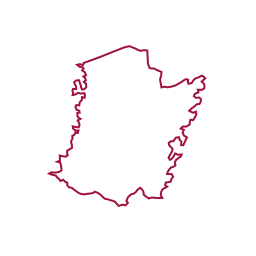 Augusto Pestana, Rio Grande do Sul, Brazil, rotated 68°
{"feature_id": "56859067B36732099712142", "entity_name": "Augusto Pestana", "entity_type": "district", "adm_level": 2, "iso_a3": "BRA", "parent_name": "Brazil", "parent_adm1": "Rio Grande do Sul", "projection": "robinson", "projection_center": [-54.004, -28.532], "detail": "fine", "context": "isolated", "style": "outline", "palette": "rose", "viewbox_px": 256, "rotation_deg": 68, "n_neighbors": 0, "source": "geoboundaries", "source_scale": "gbopen_adm2", "svg_char_len": 3114}
<svg xmlns="http://www.w3.org/2000/svg" viewBox="0 0 256 256"><g transform="rotate(68 128 128)"><path d="M143.7,62.6L140.9,59.5L138.3,58.9L138.4,61.7L136.6,63.5L134.9,64.8L133.6,61.6L133.3,59.5L131.8,55.3L132.5,52.7L130.9,50.7L128.5,49.6L126.5,50.5L125.4,53.8L123.1,55.0L121.4,53.3L121.3,49.3L118.6,48.9L120.3,45.4L119.9,42.6L117.4,41.2L115.5,41.0L112.5,42.3L110.9,37.8L108.9,38.6L107.1,39.9L107.5,43.5L107.3,47.0L108.2,49.4L110.1,52.0L109.8,55.2L108.0,55.4L105.9,54.1L104.4,56.0L104.7,58.6L105.4,61.1L105.8,64.2L106.3,67.9L105.9,72.3L105.1,76.1L103.4,78.6L102.9,81.8L95.3,80.2L90.8,77.0L88.6,76.0L86.1,78.5L84.3,80.3L82.6,81.3L81.8,83.7L80.3,85.6L75.8,85.4L63.4,81.1L61.7,84.2L61.3,87.2L59.6,89.3L57.5,91.1L56.0,92.5L54.7,94.0L52.7,95.9L51.9,101.0L51.8,106.0L51.8,109.0L51.7,111.5L51.7,120.9L51.7,126.1L51.1,144.7L52.8,146.1L50.7,148.9L50.4,151.5L53.0,150.1L54.4,147.7L56.1,146.9L57.4,148.9L60.0,147.2L63.3,147.1L63.6,150.0L65.6,149.0L67.9,149.2L68.7,151.7L71.2,150.3L74.4,151.3L75.6,153.7L75.2,156.1L72.6,156.3L70.7,155.8L68.5,155.8L65.4,155.5L64.5,158.2L65.3,160.8L67.8,160.8L70.4,160.7L72.5,161.5L71.2,164.4L72.9,165.7L75.0,165.7L76.7,167.0L77.2,164.5L76.7,161.2L78.5,158.7L79.3,155.4L81.5,155.6L83.7,157.0L82.1,159.1L84.8,160.4L86.1,163.2L88.7,164.6L87.4,167.5L88.9,168.9L92.0,168.7L93.7,166.7L95.6,167.0L95.1,169.4L97.1,170.2L99.4,170.3L101.7,168.6L102.1,171.8L104.3,171.5L106.9,171.7L108.9,173.5L107.7,175.9L105.8,178.6L107.9,179.1L110.6,177.8L111.8,174.9L113.8,176.5L112.5,178.5L114.2,180.3L114.4,182.6L116.7,183.2L119.4,186.0L122.7,186.4L125.5,187.4L125.8,190.2L126.2,192.9L128.7,194.0L130.7,194.0L131.2,196.5L129.8,199.0L128.0,201.6L130.9,202.6L132.8,203.4L132.8,206.2L134.7,203.8L136.6,204.0L138.7,204.5L140.6,204.8L142.4,205.6L142.9,208.0L142.6,210.6L141.7,213.1L140.4,215.6L140.8,218.2L142.9,215.8L145.0,212.8L147.5,212.2L149.3,211.1L151.8,210.5L151.7,207.5L154.2,206.5L156.1,204.8L158.3,205.8L160.9,204.9L162.5,202.4L165.2,201.0L167.2,199.7L169.8,198.1L171.7,196.0L173.2,193.2L173.8,190.3L174.6,187.7L175.1,184.9L174.7,182.6L176.5,180.6L179.3,178.6L184.7,176.2L186.2,173.9L188.4,171.3L190.0,169.1L191.9,167.5L194.5,166.7L196.8,165.8L196.9,161.9L198.8,159.2L197.3,156.1L195.3,156.9L192.5,154.4L191.4,152.2L190.7,149.9L191.0,146.8L190.2,144.6L188.8,142.3L188.0,139.1L190.0,138.1L192.1,137.6L193.9,137.8L195.7,138.4L198.4,136.9L201.1,135.1L201.4,132.0L202.7,129.4L204.3,126.3L205.6,122.4L202.8,122.9L199.9,121.3L197.9,119.2L197.5,117.0L197.0,113.6L194.8,115.0L192.8,113.4L193.7,108.4L191.7,107.0L190.1,104.4L187.1,104.8L185.3,109.0L183.6,107.6L182.1,105.7L180.7,102.8L180.9,100.6L180.5,98.1L177.2,97.3L175.5,95.2L174.6,91.9L174.2,89.7L172.6,88.2L171.6,91.7L169.3,93.8L171.6,96.6L172.9,98.9L173.2,101.1L170.7,101.5L168.7,99.2L167.1,97.0L165.6,95.4L163.7,94.5L161.2,95.6L159.1,96.2L157.2,95.9L156.4,93.8L157.2,90.9L156.0,89.1L154.9,87.2L155.6,84.2L158.0,84.6L160.5,83.6L163.8,85.1L164.7,83.2L163.0,81.4L160.8,79.1L158.8,76.9L155.9,79.0L152.8,79.1L150.6,76.9L148.3,79.3L147.2,76.6L148.5,73.4L147.9,69.5L145.3,68.3L143.7,66.9L145.1,64.7L143.7,62.6Z" fill="none" stroke="#9f1239" stroke-width="2"/></g></svg>